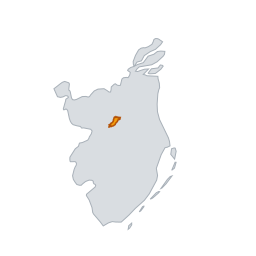 Buren, Gelderland, Netherlands shown in context, rotated 140°
{"feature_id": "6326949B23052371147455", "entity_name": "Buren", "entity_type": "district", "adm_level": 2, "iso_a3": "NLD", "parent_name": "Netherlands", "parent_adm1": "Gelderland", "projection": "robinson", "projection_center": [5.42, 51.93], "detail": "fine", "context": "in_parent", "style": "filled", "palette": "amber", "viewbox_px": 256, "rotation_deg": 140, "n_neighbors": 0, "source": "geoboundaries", "source_scale": "gbopen_adm2", "svg_char_len": 5038}
<svg xmlns="http://www.w3.org/2000/svg" viewBox="0 0 256 256"><g transform="rotate(140 128 128)"><path d="M159.5,205.7L155.2,205.5L151.1,205.4L148.9,205.2L146.6,204.4L145.5,202.7L144.3,200.6L144.6,199.4L148.4,195.8L149.0,194.9L148.6,194.3L149.0,192.8L151.9,187.5L152.3,185.4L151.0,183.9L149.1,183.0L142.9,181.5L140.0,179.3L138.6,177.3L137.3,176.8L135.2,177.4L130.1,178.1L126.0,177.1L121.1,173.5L120.0,170.2L119.4,167.7L118.2,166.8L116.5,168.1L114.4,170.2L110.3,170.4L109.2,169.9L109.0,168.8L108.7,167.7L107.6,166.4L106.4,165.6L101.2,169.4L99.2,169.4L96.8,167.9L95.6,166.5L92.9,167.3L90.5,169.1L91.3,172.3L90.0,172.9L87.0,172.6L83.7,171.3L79.9,170.5L74.3,168.2L66.4,170.1L60.9,167.9L56.3,167.7L53.5,165.9L50.5,163.0L52.7,161.0L54.8,160.4L63.1,160.0L69.2,161.2L80.1,167.6L82.8,167.5L85.8,166.7L84.3,165.0L81.6,164.1L77.5,162.4L74.3,160.0L81.9,159.2L80.9,158.0L79.9,155.8L71.9,148.4L73.3,146.4L75.3,142.1L77.9,138.5L79.9,137.5L83.2,135.0L90.4,127.5L95.0,121.5L98.4,114.2L103.4,94.4L104.9,91.0L107.3,87.3L110.2,88.0L112.3,89.1L119.6,86.3L132.2,78.9L135.9,72.6L139.6,69.6L154.0,63.9L161.9,62.1L174.2,61.7L183.1,60.7L193.7,60.3L197.8,63.8L200.2,66.4L204.0,67.9L209.9,68.9L209.6,74.0L209.7,84.2L209.3,86.0L206.7,90.2L204.0,97.9L203.3,103.0L202.4,103.9L191.2,103.9L189.6,104.8L189.4,105.9L190.0,107.2L189.7,108.5L188.8,109.5L189.3,111.2L191.3,113.1L194.9,114.3L198.7,114.4L200.6,114.2L202.1,115.5L203.5,117.6L203.4,120.2L202.9,123.8L201.1,127.1L196.0,130.8L193.6,132.1L191.5,132.8L190.4,133.8L189.9,135.1L190.1,136.2L193.8,139.2L193.7,139.9L192.6,141.5L191.2,143.0L181.7,146.0L177.7,145.8L175.5,147.3L174.8,147.6L172.3,146.2L166.7,144.6L164.6,145.2L163.4,146.0L159.9,147.1L157.4,148.8L157.4,151.0L161.9,156.6L163.5,157.7L163.5,159.8L165.7,162.5L167.9,165.8L168.2,167.9L167.9,170.0L166.8,173.0L163.0,180.1L162.9,181.4L163.3,182.5L164.6,182.7L165.6,183.3L165.3,184.2L158.1,189.1L157.1,190.0L154.1,189.7L153.6,190.6L154.0,191.9L155.2,193.0L157.8,193.6L160.1,194.9L161.9,197.3L159.5,205.7ZM83.7,171.3L83.0,173.3L81.3,175.6L75.6,178.8L69.7,181.0L66.6,180.7L64.6,179.6L63.4,178.4L60.3,177.3L55.9,176.7L53.2,177.9L51.3,179.1L49.6,178.9L48.3,177.9L47.4,176.5L46.1,171.8L49.4,170.9L56.4,170.6L61.8,172.2L69.0,173.0L74.5,170.8L78.7,172.7L83.7,171.3ZM72.0,152.2L76.1,155.2L77.0,156.1L77.3,157.1L72.0,158.3L66.4,154.7L62.7,155.5L61.3,153.8L61.3,152.8L65.1,151.9L72.0,152.2ZM112.2,80.3L108.0,84.1L105.5,83.1L104.8,82.2L106.1,79.2L112.3,74.2L112.2,80.3ZM130.9,63.3L126.9,63.7L125.1,63.0L134.6,60.8L140.6,60.2L141.7,60.5L130.9,63.3ZM156.3,59.3L148.0,60.2L145.2,59.6L144.7,58.9L147.0,58.6L154.1,58.5L156.3,59.0L156.3,59.3ZM121.7,67.5L113.9,71.5L113.2,70.8L118.2,67.4L121.7,67.5ZM190.2,52.7L186.3,52.8L187.4,51.4L191.0,50.3L193.0,50.3L190.2,52.7ZM173.3,56.5L167.4,58.4L166.0,58.0L166.3,57.5L171.5,56.3L173.3,56.5Z" fill="#d9dde1" stroke="#a8b0b8" stroke-width="1"/><path d="M136.2,142.3L136.3,142.3L136.5,142.3L136.8,142.3L137.0,142.4L137.4,142.3L137.5,142.3L137.9,142.2L137.9,142.3L137.7,142.3L137.8,142.4L137.7,142.4L137.7,142.5L137.8,142.6L138.0,142.6L138.1,142.4L138.3,142.3L138.5,142.3L138.8,142.4L139.3,142.4L140.2,142.4L140.3,142.4L140.3,142.5L140.5,142.6L140.6,142.4L140.5,142.2L140.5,141.9L140.5,141.7L140.4,141.7L140.1,141.6L139.9,141.6L139.8,141.4L139.7,141.3L139.7,141.2L139.8,141.2L140.1,141.2L140.3,141.3L140.5,141.2L140.8,141.2L141.0,141.2L141.0,141.3L141.3,141.3L141.5,141.3L141.5,141.2L141.8,141.0L141.9,140.9L141.5,140.7L141.0,140.6L140.9,140.6L140.7,140.6L140.4,140.4L140.2,140.2L140.0,139.9L139.9,139.9L139.5,139.8L139.3,139.7L139.1,139.7L138.8,139.6L138.6,139.5L138.3,139.3L138.1,139.2L137.9,139.1L137.6,139.1L137.4,139.0L137.1,139.1L136.9,139.1L136.6,139.0L136.4,139.0L136.2,139.0L136.0,138.9L135.9,138.9L135.7,138.9L135.5,139.0L135.4,139.0L135.0,139.3L134.9,139.4L134.7,139.4L134.5,139.5L134.3,139.5L134.1,139.6L133.9,139.6L133.6,139.7L133.5,139.8L133.4,139.8L133.2,139.8L132.8,139.8L132.5,139.7L132.4,139.7L132.2,139.7L132.1,139.8L131.9,139.8L131.7,139.9L131.6,140.0L131.3,140.3L131.2,140.4L131.1,140.5L130.9,140.5L130.7,140.6L130.4,140.6L130.2,140.5L129.9,140.3L129.8,140.2L129.7,140.2L129.4,140.2L129.2,140.2L128.8,140.1L128.6,140.1L128.4,140.0L127.9,140.5L128.0,140.8L127.9,140.8L127.7,140.9L127.2,141.1L127.3,141.2L127.4,141.3L127.5,141.3L127.7,141.5L127.8,141.6L128.0,141.7L128.2,141.8L128.3,141.8L128.7,141.8L128.8,141.8L129.0,141.8L129.1,142.0L129.1,142.3L128.6,142.5L129.0,142.9L129.1,143.1L129.2,143.3L129.4,143.4L129.4,143.5L129.5,143.5L129.8,143.6L130.0,143.7L130.0,143.8L130.1,143.7L130.2,143.8L130.3,143.8L130.5,143.9L130.5,144.0L130.7,144.3L130.4,144.4L130.4,144.5L130.5,144.6L130.8,144.5L131.2,144.5L131.3,144.6L131.4,144.8L131.4,145.0L131.5,145.0L131.5,144.9L131.8,144.8L131.9,144.7L132.0,144.7L132.3,144.6L132.7,144.3L132.9,144.2L133.2,144.0L133.3,144.0L133.4,143.9L133.6,143.7L133.8,143.7L134.0,143.6L134.1,143.4L134.2,143.2L134.3,143.2L134.4,142.9L134.5,142.9L134.8,142.8L134.9,142.7L135.0,142.6L135.3,142.6L135.5,142.4L135.8,142.4L136.0,142.4L136.2,142.3Z" fill="#f59e0b" stroke="#b45309" stroke-width="1.5"/></g></svg>